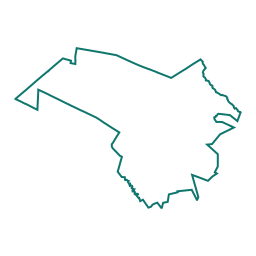 Bubi, Matabeleland North, Zimbabwe
{"feature_id": "62879985B291328644758", "entity_name": "Bubi", "entity_type": "district", "adm_level": 2, "iso_a3": "ZWE", "parent_name": "Zimbabwe", "parent_adm1": "Matabeleland North", "projection": "orthographic", "projection_center": [28.902, -19.567], "detail": "fine", "context": "isolated", "style": "outline", "palette": "teal", "viewbox_px": 256, "rotation_deg": 0, "n_neighbors": 0, "source": "geoboundaries", "source_scale": "gbopen_adm2", "svg_char_len": 3936}
<svg xmlns="http://www.w3.org/2000/svg" viewBox="0 0 256 256"><path d="M101.8,52.5L85.5,49.7L76.7,48.2L75.3,56.2L75.4,61.2L75.3,64.0L70.6,63.1L70.9,61.3L71.0,60.7L62.9,58.4L52.2,67.5L49.9,69.5L49.1,70.3L49.1,70.2L41.4,76.6L37.4,80.0L32.1,84.6L25.6,90.3L25.4,90.4L15.4,98.9L15.4,99.0L20.1,101.2L25.4,103.9L25.9,103.9L34.1,108.2L37.4,109.8L38.2,92.8L38.3,89.7L46.7,93.6L50.8,95.7L60.3,100.3L62.4,101.4L66.7,103.5L69.3,104.7L69.3,104.8L76.1,108.0L80.1,110.0L83.3,111.4L89.2,114.2L95.7,117.3L95.8,117.3L99.5,119.6L103.8,122.6L112.7,128.3L119.3,132.4L116.6,136.7L113.0,142.7L111.8,144.2L111.8,146.4L112.3,147.6L113.0,148.6L119.5,155.3L119.1,155.3L121.9,156.8L117.7,171.7L121.7,177.0L124.5,177.2L124.8,177.2L125.0,179.8L125.5,179.8L125.6,180.0L125.8,180.1L126.0,180.2L126.7,179.8L128.4,181.1L128.5,181.1L127.9,182.0L129.2,183.7L129.3,183.7L129.3,183.8L130.0,183.6L130.1,184.2L130.2,184.3L130.2,184.5L129.5,184.8L129.9,186.0L130.0,186.0L130.5,185.4L132.0,185.8L132.3,186.4L132.3,186.5L132.2,187.4L131.6,188.0L132.5,189.0L133.5,188.9L133.6,189.7L134.2,189.6L134.0,190.0L133.3,190.3L132.5,190.8L132.6,191.4L134.1,191.2L134.2,191.9L134.7,192.1L134.8,192.1L135.0,193.2L134.6,193.9L135.1,194.3L136.5,193.7L137.9,194.0L138.0,194.3L137.3,194.5L137.1,195.7L136.8,195.8L138.6,198.1L139.2,197.9L140.2,201.1L142.9,199.7L148.4,207.6L150.9,206.8L151.8,205.6L152.8,204.5L155.2,203.4L156.8,202.9L157.3,202.7L159.4,205.4L161.2,207.8L161.6,207.8L161.8,207.8L163.1,202.8L167.7,201.9L168.9,194.4L177.6,192.3L177.4,191.3L191.7,189.8L196.9,199.9L197.0,199.9L197.2,199.7L197.3,199.6L197.4,199.4L197.4,199.2L197.6,198.8L197.6,198.7L197.8,198.2L198.0,197.8L198.1,197.5L198.3,197.3L197.1,192.6L194.3,182.8L192.1,174.9L199.5,177.6L199.9,177.7L200.0,177.8L207.4,180.6L208.0,180.8L212.4,176.5L216.9,173.5L214.8,172.3L217.8,166.4L217.8,154.2L207.2,144.6L212.0,144.1L220.1,134.3L233.9,127.5L222.1,122.0L216.4,121.9L214.5,119.1L214.2,117.4L215.7,116.8L216.0,115.8L216.7,115.7L217.1,115.2L217.8,114.1L218.6,113.8L229.9,115.1L237.4,121.1L240.6,112.3L240.3,112.0L239.4,111.9L238.6,111.5L238.4,111.4L238.1,111.2L237.9,111.0L237.8,110.5L237.7,110.1L237.4,109.9L237.1,109.6L236.7,109.1L236.3,108.3L236.0,108.1L235.8,108.1L235.2,108.4L234.9,108.5L234.9,108.4L234.5,108.3L234.1,107.9L233.9,107.5L233.7,106.6L233.8,106.6L233.6,106.0L233.3,105.6L232.8,105.2L232.5,105.0L232.1,104.4L231.6,104.0L231.0,103.7L230.4,103.4L229.0,102.0L228.4,101.3L228.0,100.6L227.8,100.0L227.7,99.3L227.4,98.8L227.3,98.6L227.2,98.6L227.2,98.3L227.2,98.2L227.2,97.9L227.1,97.6L227.0,97.4L226.9,97.3L226.8,97.2L226.7,97.1L226.5,96.8L226.3,96.6L226.2,96.5L226.0,96.4L225.9,96.3L225.8,96.2L225.1,95.9L224.8,95.8L224.6,95.8L224.1,95.7L223.2,95.3L223.0,95.2L222.9,95.2L222.7,95.1L222.4,95.0L222.2,95.0L221.9,95.0L221.7,95.1L221.1,95.1L220.9,95.1L220.4,94.8L219.9,94.3L219.1,93.8L219.0,93.7L218.9,93.6L218.2,93.2L217.5,92.8L217.4,92.7L217.2,92.7L216.1,92.2L215.9,92.1L215.6,90.9L215.2,90.1L215.0,89.9L214.9,89.7L214.7,89.5L214.5,89.3L213.8,88.8L213.7,88.7L212.9,88.1L212.7,88.1L212.4,87.5L212.4,87.4L212.4,86.8L212.4,86.7L212.5,86.0L212.2,85.6L210.9,85.0L210.8,84.9L210.7,84.9L210.5,84.7L210.3,84.6L210.2,84.5L210.1,84.4L210.0,84.2L209.9,84.0L209.8,83.9L209.8,83.7L209.7,83.3L209.4,82.3L209.3,82.2L208.9,81.5L208.9,81.4L208.7,81.3L208.7,81.2L208.3,80.9L207.3,80.6L206.7,80.5L206.1,80.6L205.9,80.5L205.8,80.3L205.9,79.7L205.8,79.2L205.0,77.7L204.9,77.6L203.9,76.9L203.8,76.7L203.5,75.9L203.4,75.9L203.4,74.7L203.6,74.0L203.6,73.9L203.3,73.2L203.2,73.1L202.9,72.7L203.3,71.0L204.5,69.3L205.5,68.4L205.7,68.0L205.6,67.6L205.0,67.0L203.7,64.6L203.5,64.4L203.1,64.1L202.9,63.8L202.8,63.6L202.7,62.8L202.7,62.7L202.6,62.1L202.7,61.6L200.5,59.4L200.1,59.7L192.8,64.2L188.4,67.1L185.1,69.3L183.3,70.3L183.2,70.4L171.2,77.9L165.4,75.6L156.9,72.3L156.9,72.2L148.7,69.0L148.4,69.0L142.1,66.6L138.8,65.3L133.3,62.9L125.4,59.3L120.2,56.9L116.5,55.2L112.7,54.5L101.8,52.5Z" fill="none" stroke="#0f766e" stroke-width="2"/></svg>